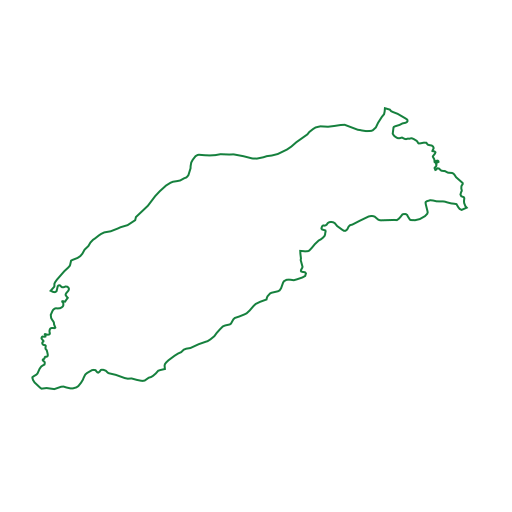 Cam Khe, Phú Thọ, Vietnam (Robinson projection), rotated 280°
{"feature_id": "81297802B31371166923700", "entity_name": "Cam Khe", "entity_type": "district", "adm_level": 2, "iso_a3": "VNM", "parent_name": "Vietnam", "parent_adm1": "Phú Thọ", "projection": "robinson", "projection_center": [105.096, 21.384], "detail": "fine", "context": "isolated", "style": "outline", "palette": "green", "viewbox_px": 512, "rotation_deg": 280, "n_neighbors": 0, "source": "geoboundaries", "source_scale": "gbopen_adm2", "svg_char_len": 5992}
<svg xmlns="http://www.w3.org/2000/svg" viewBox="0 0 512 512"><g transform="rotate(280 256 256)"><path d="M236.7,89.2L232.5,86.1L228.1,84.6L225.4,83.0L223.1,80.6L220.3,76.0L219.3,74.7L215.0,74.5L214.0,74.3L212.0,73.1L207.8,69.9L198.2,64.1L195.5,62.8L193.8,62.3L192.2,62.5L191.6,62.7L190.6,62.6L186.1,59.8L185.4,62.4L185.4,63.8L185.6,64.5L186.3,65.3L186.8,65.7L191.8,66.0L192.5,66.4L193.0,67.2L193.0,68.1L192.2,69.2L191.6,70.3L191.7,71.5L192.1,72.5L192.9,73.7L193.0,75.4L192.4,76.6L191.6,77.3L190.8,77.5L189.4,77.3L186.3,75.5L185.2,75.2L184.5,75.3L183.2,76.5L182.1,77.9L179.8,76.7L177.9,75.9L177.9,74.8L178.0,73.6L177.8,73.1L177.3,73.1L176.4,74.3L175.3,74.6L173.8,74.8L172.8,74.5L171.8,73.7L170.6,72.2L169.9,69.7L169.8,68.1L169.3,67.0L168.3,66.0L167.4,65.4L166.1,65.0L162.4,64.1L159.4,65.0L158.0,66.1L156.1,68.0L155.1,68.6L153.6,69.0L150.6,70.8L150.0,70.3L149.7,67.6L149.3,66.6L148.7,66.0L147.9,65.7L146.8,65.6L145.4,65.8L144.2,66.4L143.2,66.3L142.6,65.6L142.2,63.7L142.5,62.5L142.5,61.8L142.2,61.6L140.9,62.6L140.1,62.6L139.7,61.5L139.6,59.7L139.2,59.3L138.5,59.1L137.9,59.0L137.4,59.2L136.1,60.6L135.5,61.4L134.9,61.5L134.1,60.8L133.7,60.6L132.8,60.7L132.2,61.1L131.6,61.9L131.5,62.5L131.6,63.7L131.2,64.4L130.6,64.6L128.9,64.6L128.0,64.9L126.8,66.3L125.1,67.1L122.9,68.0L121.9,68.2L121.0,68.0L120.4,67.2L120.3,66.4L120.1,65.9L119.4,65.5L118.5,65.5L117.8,65.1L117.1,64.1L116.5,64.0L115.9,64.5L115.2,65.9L114.6,66.4L113.2,66.6L112.3,66.5L111.5,65.4L109.9,63.7L107.4,62.5L102.3,61.2L101.0,60.3L99.2,58.2L97.9,56.9L97.2,56.9L95.1,58.0L93.0,59.9L88.8,66.3L88.1,67.8L89.6,72.7L89.9,80.5L93.4,86.8L94.0,89.1L93.6,92.0L93.4,96.3L93.8,98.6L95.4,101.9L97.0,103.6L100.8,105.7L104.1,107.0L106.1,107.4L108.5,108.1L109.7,108.5L111.5,110.0L115.1,114.3L115.6,115.8L115.7,117.8L114.8,118.7L113.8,120.1L113.8,121.0L115.0,122.1L116.8,123.0L117.2,123.9L117.4,125.6L116.9,128.1L115.4,130.2L115.0,131.3L114.6,138.6L113.0,147.9L112.9,151.1L113.8,154.7L113.3,160.2L113.2,164.2L113.3,166.0L114.0,168.0L117.5,171.5L118.6,173.7L120.1,175.4L122.9,177.7L126.0,179.6L127.0,181.4L128.9,185.9L132.2,185.0L133.7,185.1L135.5,186.0L138.1,187.9L143.7,193.2L146.5,196.3L148.3,199.0L151.2,201.1L152.6,203.4L154.0,207.4L159.2,214.9L162.9,221.5L163.7,223.1L166.0,225.6L169.8,228.9L173.3,230.6L177.5,233.2L180.8,235.5L181.9,237.1L182.5,238.3L183.8,241.5L184.3,242.4L185.1,243.1L189.7,244.7L191.3,245.9L193.5,250.0L196.5,254.8L197.9,256.7L201.2,259.2L206.4,262.3L208.7,264.0L211.6,268.0L215.0,273.9L217.0,274.0L218.4,274.4L221.6,276.4L222.5,277.7L225.1,283.8L226.2,285.2L228.6,286.3L234.5,287.3L236.0,287.9L237.8,290.1L238.3,291.9L238.6,293.9L238.7,297.4L240.1,300.3L242.9,305.4L244.9,307.9L247.5,308.2L248.4,307.2L248.5,306.1L248.4,304.6L248.6,303.2L249.1,302.8L250.2,302.8L252.5,303.6L253.4,303.7L259.8,300.7L261.4,300.7L266.0,299.3L268.7,298.7L269.0,301.6L269.1,303.6L269.8,306.3L270.5,307.4L271.8,308.3L273.8,309.6L277.9,311.9L282.2,315.1L283.6,316.9L285.6,318.7L287.6,320.0L289.1,320.3L290.7,320.2L292.2,320.3L293.2,319.9L293.6,316.5L294.3,315.7L295.5,315.7L296.8,316.0L297.8,316.9L297.8,318.3L298.4,319.4L299.2,320.2L300.6,320.8L301.1,321.2L302.0,322.3L302.6,324.0L302.6,326.2L302.0,327.9L299.6,330.7L296.8,336.4L296.1,338.2L296.3,339.6L297.3,340.7L298.5,341.4L301.0,342.1L302.7,343.3L303.6,345.3L304.4,346.4L308.6,351.9L314.5,360.1L315.4,362.5L315.6,364.2L315.4,366.0L313.1,369.9L312.8,371.1L312.8,372.7L315.5,385.8L315.8,388.5L317.4,390.1L319.4,391.4L322.4,393.0L322.9,394.1L323.3,396.2L322.6,397.8L321.4,398.6L318.5,401.3L318.3,402.2L318.5,403.9L318.9,406.5L320.8,410.9L324.6,415.5L327.3,417.3L328.8,417.5L329.9,417.1L336.2,414.3L337.9,413.7L338.7,413.8L339.8,415.0L340.4,416.4L341.2,417.8L341.4,420.8L341.2,424.5L342.2,430.4L342.3,431.7L342.3,432.8L342.0,435.0L341.7,439.1L341.9,442.1L341.9,444.4L339.1,446.8L337.7,448.4L337.1,450.5L340.2,455.1L341.5,453.5L344.3,451.8L346.1,451.3L349.1,451.1L350.0,450.4L350.5,447.8L352.0,446.7L354.5,446.9L355.6,447.3L356.5,447.2L358.0,446.5L360.0,446.2L361.0,446.3L362.3,446.9L362.9,447.1L363.8,446.8L368.3,439.4L370.5,437.3L371.2,436.4L371.7,435.3L371.8,434.5L371.4,430.7L371.7,429.5L372.5,427.1L372.3,426.6L372.2,423.8L372.5,423.1L373.9,421.0L373.9,419.5L373.4,418.9L372.5,418.6L371.9,417.7L372.9,417.0L373.3,416.7L373.9,416.6L375.2,417.5L375.8,417.8L377.2,417.9L377.7,417.4L378.3,417.2L378.8,417.5L380.4,419.4L381.1,419.1L381.4,418.5L381.4,417.9L380.8,416.8L379.3,416.2L379.3,415.8L379.6,415.5L381.3,415.1L382.3,414.7L384.5,412.9L385.0,412.9L388.0,414.5L389.3,414.7L389.8,414.0L390.0,413.3L389.9,412.1L390.0,411.5L390.4,411.5L392.8,412.2L393.4,412.1L394.5,411.4L395.3,409.9L395.3,407.7L395.4,406.1L395.9,405.3L397.1,404.1L396.8,401.7L395.4,398.1L395.1,396.6L395.5,396.0L396.8,394.9L397.4,394.0L398.6,390.9L399.0,388.9L398.5,387.4L398.1,386.7L398.0,385.2L397.2,383.6L397.1,382.6L397.3,381.5L398.0,379.2L397.0,377.1L396.7,375.7L396.7,374.9L397.0,373.9L397.8,372.1L398.6,370.8L400.2,369.4L406.5,369.1L407.1,369.4L407.9,370.5L410.0,374.6L412.0,377.2L413.2,380.2L414.2,381.4L415.2,381.8L416.2,381.5L416.7,381.0L417.5,379.2L420.6,370.8L421.6,365.7L422.1,363.9L423.4,362.4L423.9,357.3L420.7,357.6L417.9,357.5L414.9,355.8L408.4,353.1L403.4,351.7L400.1,349.2L399.3,347.9L398.7,345.6L398.1,342.4L398.0,338.1L398.1,337.0L398.0,334.3L400.6,320.6L400.3,319.1L399.6,316.3L397.7,310.7L395.8,304.5L394.9,297.0L394.1,295.0L392.9,292.3L390.9,290.1L387.3,286.9L384.7,285.5L375.1,276.0L369.9,271.8L366.2,268.0L360.2,259.7L357.7,254.1L356.2,249.3L354.5,246.1L352.1,240.0L351.4,235.5L352.1,226.2L352.2,216.3L351.3,212.2L350.1,203.4L348.3,198.5L347.0,193.0L346.3,187.7L345.8,182.2L345.3,180.9L343.8,179.1L339.8,177.0L336.8,176.0L333.2,176.0L331.0,176.3L323.9,175.4L322.4,174.6L321.2,173.7L320.1,171.8L317.2,168.2L316.1,165.4L314.7,161.3L313.3,159.1L309.8,155.2L303.1,150.0L297.6,146.4L286.7,140.8L273.5,131.0L270.3,130.8L264.1,124.2L260.8,117.6L259.0,115.0L255.1,108.6L252.9,102.5L250.9,99.7L249.1,97.8L245.2,94.3L243.7,92.7L240.5,90.6L236.7,89.2Z" fill="none" stroke="#15803d" stroke-width="2"/></g></svg>